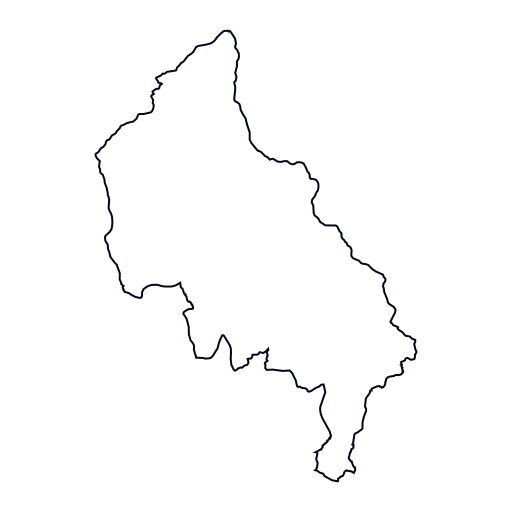 Toraja Utara, Sulawesi Selatan, Indonesia (Albers equal-area conic projection)
{"feature_id": "22746128B99951949618583", "entity_name": "Toraja Utara", "entity_type": "district", "adm_level": 2, "iso_a3": "IDN", "parent_name": "Indonesia", "parent_adm1": "Sulawesi Selatan", "projection": "albers", "projection_center": [119.857, -2.899], "detail": "fine", "context": "isolated", "style": "outline", "palette": "ink", "viewbox_px": 512, "rotation_deg": 0, "n_neighbors": 0, "source": "geoboundaries", "source_scale": "gbopen_adm2", "svg_char_len": 6057}
<svg xmlns="http://www.w3.org/2000/svg" viewBox="0 0 512 512"><path d="M387.1,299.0L384.3,292.2L383.8,288.6L383.1,286.5L383.5,283.4L384.8,282.0L385.4,280.5L385.4,278.8L383.6,276.7L383.0,274.7L375.9,271.5L372.2,269.0L368.1,264.9L365.1,264.0L362.4,263.7L361.0,263.0L358.9,260.7L353.0,258.2L351.3,255.9L351.6,250.0L350.4,247.1L347.6,245.4L346.4,242.6L345.4,242.1L344.0,239.9L342.4,238.6L341.5,236.3L341.5,233.3L339.3,231.0L337.9,227.6L336.6,225.9L335.6,225.5L325.8,225.4L324.2,224.7L321.9,222.9L320.5,222.4L318.0,218.1L314.6,215.4L313.7,213.1L313.3,205.7L311.7,202.2L312.2,199.6L314.9,196.2L316.2,192.8L318.0,190.2L318.5,186.4L318.3,183.5L317.1,181.0L315.6,179.6L312.8,178.9L310.7,178.9L309.8,177.4L309.5,174.4L308.9,173.0L307.7,171.9L305.2,166.2L303.6,163.5L301.1,162.4L298.7,162.2L296.6,162.4L295.3,163.5L293.7,164.2L291.7,164.2L290.2,163.6L287.0,161.1L283.7,161.2L281.3,161.9L278.5,161.7L277.8,161.7L273.2,158.8L271.4,159.0L269.8,159.6L267.5,157.2L265.0,156.0L261.3,152.2L259.8,151.3L258.2,150.9L257.0,149.9L251.3,142.9L249.7,139.5L249.7,132.5L247.2,125.0L245.5,118.2L242.9,114.2L240.5,109.6L240.4,107.3L239.5,104.2L237.6,102.5L235.2,101.3L234.4,100.1L234.2,99.1L235.2,89.6L235.2,86.8L234.2,82.6L234.7,81.5L235.7,80.9L236.4,77.4L236.1,75.2L235.2,73.1L237.1,65.6L236.8,62.8L237.3,60.7L238.2,59.4L238.9,57.5L238.9,55.3L238.7,53.0L237.8,51.8L237.6,50.7L235.2,47.6L235.1,46.5L236.0,43.7L235.0,38.4L230.3,31.3L228.9,30.8L228.6,31.5L226.9,30.7L223.9,31.0L221.9,32.5L217.2,37.1L214.3,41.0L211.0,43.3L206.2,44.6L198.0,46.0L195.9,47.3L193.3,51.9L191.6,53.5L187.8,56.0L183.3,61.8L180.9,63.1L179.5,65.2L177.1,67.5L176.3,70.0L175.8,70.5L166.9,71.9L165.5,73.2L164.5,73.7L162.6,73.7L160.8,75.6L156.1,77.7L156.1,78.5L158.1,81.4L158.3,82.7L161.7,83.5L161.9,83.9L159.9,85.4L159.1,88.2L158.5,88.8L156.2,88.9L152.6,91.4L152.6,92.4L153.8,94.0L151.9,95.1L151.1,96.2L153.2,100.2L152.7,102.9L153.7,105.0L153.7,106.1L153.0,109.3L151.6,111.7L150.7,112.4L143.8,114.0L139.3,114.0L138.2,114.8L136.5,118.6L133.4,121.5L127.4,122.9L123.0,125.1L121.3,125.7L120.5,126.4L120.0,127.8L116.9,131.1L115.5,133.5L111.9,135.5L109.5,139.3L106.5,140.6L105.4,144.1L103.7,146.5L100.6,148.6L98.2,152.3L96.2,153.4L95.6,154.3L95.5,155.4L96.9,158.2L99.8,161.1L99.0,166.8L100.1,169.3L100.1,171.3L100.5,172.9L102.8,174.8L104.5,179.7L104.7,182.6L106.6,187.6L107.8,193.3L107.8,195.6L108.7,197.1L109.2,199.8L108.6,207.8L109.5,210.7L111.1,213.6L112.1,217.1L112.4,222.3L112.1,226.1L111.5,229.1L109.9,231.7L105.3,236.0L105.0,237.8L105.4,240.9L107.8,244.8L107.9,248.5L109.4,252.5L110.4,256.9L114.9,262.9L116.7,264.6L119.8,273.3L119.7,279.4L121.2,282.9L121.2,284.0L122.1,284.6L122.7,285.6L123.5,285.8L123.5,286.1L122.8,286.2L122.8,288.1L123.5,289.2L123.3,289.9L124.0,290.3L124.5,291.8L128.7,293.0L132.2,295.3L135.3,296.9L139.1,297.8L141.0,297.8L142.0,296.1L142.1,292.1L143.5,289.2L147.1,286.5L151.2,285.0L153.8,284.8L157.5,284.8L161.7,286.1L164.9,286.5L171.5,286.5L175.7,285.4L180.2,282.8L180.8,287.2L182.6,288.9L184.1,293.5L185.5,294.2L185.3,295.4L186.3,296.2L187.3,300.3L188.0,301.4L189.4,301.9L189.8,301.7L190.9,302.8L191.5,304.3L192.0,304.4L192.2,305.3L192.5,305.4L193.0,307.5L193.0,308.6L188.1,309.3L185.5,310.9L183.7,312.2L183.3,313.7L186.4,318.3L187.4,321.6L188.7,327.0L188.9,334.5L190.6,340.4L193.1,343.5L194.1,346.0L193.9,349.4L194.9,353.6L196.0,356.2L195.9,357.6L204.0,358.1L205.2,358.6L208.6,358.4L210.7,357.9L212.8,355.9L217.6,348.3L218.6,344.1L219.9,340.2L222.2,335.4L223.3,335.2L224.0,335.8L229.7,345.1L230.8,348.4L231.0,352.2L230.7,358.8L231.3,364.6L233.7,369.6L235.0,370.7L237.5,369.2L237.9,368.5L240.5,367.5L242.1,367.7L244.2,365.7L246.9,365.0L248.1,363.7L248.4,362.0L247.6,358.9L251.0,358.5L252.1,357.1L252.5,354.8L257.3,354.6L258.5,354.0L259.6,352.2L263.3,353.0L265.8,351.4L268.1,348.9L268.3,350.2L267.1,351.1L267.0,352.7L267.7,355.9L267.0,356.7L266.5,359.0L266.7,359.9L267.5,360.8L265.4,362.4L264.8,363.4L265.4,364.5L265.3,368.2L266.8,369.9L272.6,369.6L282.6,370.9L289.6,370.5L292.0,372.8L295.7,380.3L297.1,386.2L298.3,387.1L299.3,386.6L300.1,386.7L300.9,387.4L302.4,388.0L304.9,388.2L307.2,389.5L307.7,391.2L308.8,391.7L310.9,391.1L316.5,387.5L318.5,386.9L321.4,384.7L323.6,384.5L325.3,392.2L320.3,406.8L320.1,409.5L320.7,413.7L322.4,418.3L329.7,431.5L331.0,436.0L330.5,436.4L330.3,438.0L329.6,437.8L329.3,438.0L329.5,439.1L327.2,440.7L327.5,441.5L327.2,442.0L326.1,442.5L325.6,443.4L324.7,443.5L324.4,444.4L322.7,445.3L322.4,446.6L322.7,447.3L321.1,449.1L321.2,449.6L319.9,449.9L315.6,452.2L317.1,452.4L317.4,453.3L316.3,458.7L316.6,460.6L317.6,462.5L317.6,463.3L317.1,467.1L315.9,469.6L315.2,470.2L317.3,470.7L319.7,472.6L323.0,473.6L324.7,476.2L332.2,480.3L337.8,481.3L338.2,480.4L338.1,478.8L341.0,476.5L342.5,476.1L343.2,475.4L344.5,471.9L346.4,470.3L347.2,470.7L351.4,471.4L353.8,472.9L355.3,469.8L354.8,468.0L354.9,467.4L354.0,467.1L352.9,465.2L351.6,461.4L351.2,461.5L350.3,460.7L350.1,459.9L349.1,459.1L348.7,457.2L349.3,456.3L349.9,452.6L350.6,452.3L351.5,449.1L352.7,448.6L353.3,447.7L353.6,445.6L352.3,444.8L352.3,444.3L353.2,443.9L353.0,443.5L354.4,434.6L355.2,433.5L357.1,432.7L361.7,429.4L362.5,428.3L362.5,422.5L363.8,417.0L366.1,410.8L366.1,408.9L365.0,406.4L365.9,398.4L369.3,393.7L370.0,392.3L370.2,390.7L371.0,390.2L371.6,390.4L371.5,389.2L371.9,388.6L376.7,386.5L379.3,386.0L380.1,386.8L381.0,386.8L381.7,387.6L383.3,387.1L384.6,385.6L385.4,383.3L385.2,382.1L385.8,381.1L386.2,379.0L387.6,377.4L390.1,376.5L393.9,376.0L395.6,375.0L398.5,375.1L401.2,374.4L401.7,373.5L403.1,372.4L403.1,371.6L402.4,371.0L402.8,370.5L402.7,369.8L402.0,368.3L402.4,367.8L401.5,366.7L401.9,365.2L401.0,364.8L401.5,364.4L401.1,362.1L405.0,360.3L405.3,359.0L406.2,358.2L407.5,357.9L411.0,359.8L414.1,359.2L414.6,358.5L415.0,356.5L414.9,354.7L415.9,353.4L416.5,351.9L415.3,349.0L414.3,344.5L414.3,343.6L415.3,341.8L415.2,339.9L412.3,338.9L409.8,336.5L405.4,335.7L402.3,332.1L399.0,330.1L397.6,328.6L398.1,327.3L394.7,325.6L393.3,325.3L391.9,323.2L390.8,322.7L390.5,321.5L395.1,312.5L395.5,309.7L393.9,307.0L389.1,303.9L387.9,302.3L387.1,299.0Z" fill="none" stroke="#020617" stroke-width="2"/></svg>